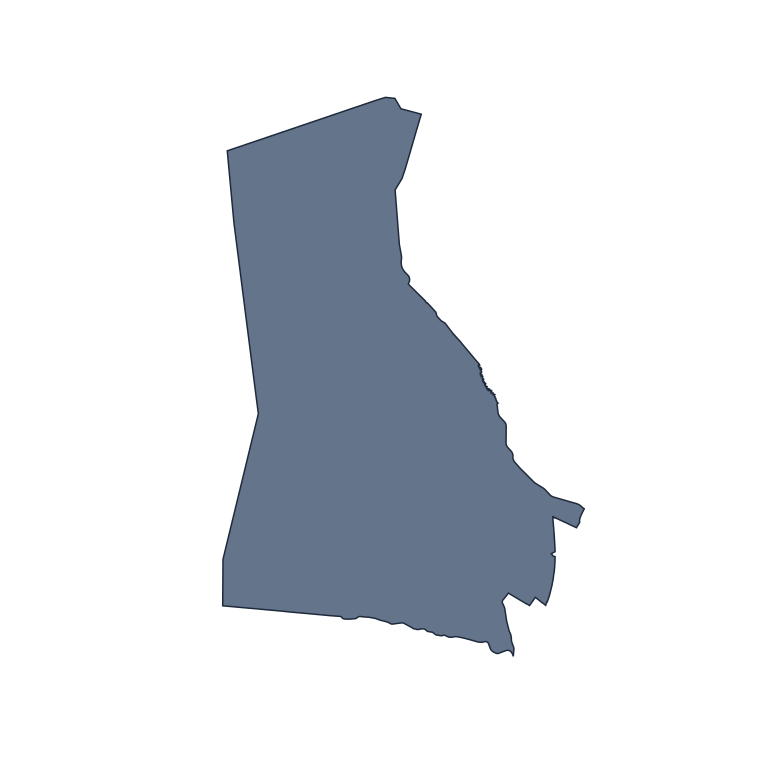 outline of Deurne, Noord-Brabant, Netherlands, rotated 203°
{"feature_id": "6326949B59687324731711", "entity_name": "Deurne", "entity_type": "district", "adm_level": 2, "iso_a3": "NLD", "parent_name": "Netherlands", "parent_adm1": "Noord-Brabant", "projection": "orthographic", "projection_center": [5.787, 51.428], "detail": "fine", "context": "isolated", "style": "filled", "palette": "slate", "viewbox_px": 768, "rotation_deg": 203, "n_neighbors": 0, "source": "geoboundaries", "source_scale": "gbopen_adm2", "svg_char_len": 5763}
<svg xmlns="http://www.w3.org/2000/svg" viewBox="0 0 768 768"><g transform="rotate(203 384 384)"><path d="M485.5,651.2L494.7,648.4L503.8,640.6L619.4,537.4L585.2,473.9L528.6,376.9L495.2,319.7L488.3,308.0L488.0,307.2L487.8,306.1L463.7,159.7L445.8,116.8L389.3,135.0L381.7,137.3L362.8,143.4L342.5,149.9L333.4,153.0L332.6,153.1L331.9,152.8L331.3,152.4L330.0,152.0L328.3,152.3L323.8,154.1L318.9,156.7L318.2,157.2L317.7,157.9L317.0,159.2L316.1,160.2L315.0,160.7L311.6,161.7L306.8,163.4L300.8,164.7L299.8,164.9L296.0,165.0L287.9,166.2L287.1,166.2L284.3,165.9L283.2,166.0L282.4,166.3L274.6,170.9L273.3,171.4L272.2,171.5L263.6,170.7L261.2,170.2L260.2,170.6L257.9,170.9L257.3,171.0L256.4,171.5L253.1,173.6L252.1,174.0L251.6,174.1L250.5,174.2L249.8,174.0L247.9,173.4L247.3,173.3L246.6,173.4L242.4,174.4L241.6,174.3L238.9,173.5L238.1,173.4L237.5,173.5L233.7,174.4L232.9,174.6L232.5,174.8L230.8,176.2L230.0,176.4L225.8,176.3L224.9,176.4L222.3,177.6L220.8,178.6L219.3,179.5L216.5,180.3L212.7,181.0L211.8,181.2L204.2,182.3L197.4,183.1L196.0,183.4L194.4,183.9L193.1,184.5L192.3,184.9L190.5,186.3L189.6,186.7L189.1,186.8L187.9,186.7L187.0,186.4L186.6,186.0L186.2,185.7L183.2,182.4L182.3,181.5L180.8,180.7L178.9,180.1L177.8,180.0L175.5,179.9L174.8,180.0L173.8,180.4L172.7,181.4L169.0,184.9L167.4,186.4L166.7,186.9L165.8,187.3L165.5,187.4L164.5,187.5L163.8,187.5L162.9,187.3L162.2,187.0L160.0,185.5L159.7,185.1L158.6,183.8L159.0,185.2L160.7,190.4L161.0,191.1L161.3,191.7L162.2,192.8L165.5,196.3L166.3,197.4L168.0,200.8L168.9,202.2L169.9,203.4L171.7,205.0L172.6,206.0L177.8,212.8L178.5,213.8L185.0,224.3L185.9,225.5L189.5,228.8L189.8,229.3L190.1,229.8L190.2,230.4L190.2,231.0L190.1,231.6L188.4,237.6L188.1,239.2L187.8,240.1L180.6,239.1L180.0,239.1L179.3,239.0L178.7,238.8L166.3,237.2L165.7,237.3L163.5,236.9L161.3,246.7L157.4,245.7L154.3,244.8L151.2,244.1L148.7,243.4L148.8,244.4L149.0,247.2L148.6,247.2L148.9,252.5L149.3,255.6L150.3,261.8L150.8,264.9L151.2,266.5L151.5,268.0L152.2,271.1L153.7,276.4L153.8,277.2L154.3,278.7L155.1,281.4L157.2,287.3L159.1,292.0L160.7,291.6L163.7,293.1L161.0,296.5L162.8,300.4L168.4,311.7L172.8,320.1L174.3,322.9L176.7,327.6L175.0,327.5L175.2,327.8L150.7,326.9L149.8,332.9L150.6,334.7L150.9,335.7L151.1,336.7L151.3,338.6L151.3,340.4L151.0,346.1L151.0,347.1L150.9,347.1L150.9,347.4L152.5,347.7L155.3,348.7L156.6,349.0L158.6,349.2L159.8,349.1L183.8,346.2L185.5,346.2L186.7,346.4L187.9,346.8L194.7,349.8L196.2,350.3L205.3,351.7L207.4,352.2L226.4,359.9L233.2,363.2L234.4,364.0L234.9,364.4L235.9,365.5L236.5,366.4L237.3,368.4L237.7,369.2L238.7,370.4L239.1,370.8L240.1,371.5L240.8,371.9L245.8,374.2L247.0,375.1L247.9,376.2L248.7,377.6L255.1,393.1L255.8,394.2L256.3,394.9L257.6,395.9L258.2,396.2L264.8,399.2L265.6,399.8L266.6,400.7L267.8,402.1L272.0,409.5L272.0,409.8L272.0,410.3L271.5,411.0L272.3,411.1L272.8,411.4L273.1,411.6L273.2,411.9L273.7,412.2L274.1,412.8L274.7,413.0L274.8,413.2L274.9,413.5L275.3,414.3L276.6,414.8L276.8,415.1L276.8,415.3L276.8,415.7L277.7,416.1L278.0,416.6L278.0,416.9L278.0,417.2L277.8,417.4L277.8,417.6L278.4,417.5L278.7,417.3L278.9,416.9L279.2,416.7L279.4,416.8L279.3,417.0L279.1,417.3L279.9,418.1L279.9,418.3L280.1,418.3L280.2,418.2L280.2,417.9L280.4,417.8L280.8,417.7L281.3,417.8L281.5,418.0L281.6,418.6L281.8,418.6L282.0,418.3L282.1,418.2L282.1,418.3L282.2,418.6L281.9,419.0L282.0,419.2L282.3,419.4L282.5,419.6L282.5,419.8L282.8,419.6L282.8,419.2L283.1,419.2L283.2,419.8L283.4,420.0L283.5,420.0L284.1,419.3L284.3,419.4L284.3,419.6L284.2,419.9L284.2,420.0L284.3,420.1L284.8,419.7L284.7,419.1L284.8,419.0L285.0,419.1L285.8,419.0L285.7,420.0L285.6,420.6L285.9,420.6L286.0,419.9L286.3,420.0L286.2,420.3L286.4,420.3L286.7,420.2L286.9,419.7L287.4,419.7L287.7,419.9L288.0,420.6L288.2,421.0L287.9,421.3L287.9,421.8L288.1,421.9L288.3,421.8L288.6,421.1L288.8,421.0L289.2,421.2L289.3,421.7L289.5,421.8L290.4,422.0L290.5,422.1L290.1,422.5L290.0,422.8L290.3,423.0L290.4,422.9L290.5,422.6L290.8,422.5L290.9,422.9L291.2,423.2L291.2,423.4L291.0,423.6L290.7,424.3L291.1,424.4L291.3,424.2L291.5,424.0L291.7,423.8L291.9,423.9L292.0,424.4L292.2,424.6L292.7,424.3L293.1,424.3L293.2,424.5L293.0,424.9L292.8,425.1L292.8,425.3L293.0,425.4L293.5,425.5L294.1,425.3L294.5,425.4L294.8,425.9L294.7,426.0L294.0,426.0L293.9,426.2L294.4,426.7L294.4,426.9L294.2,427.3L294.2,427.5L294.3,427.6L294.9,427.7L295.0,427.5L295.0,427.3L295.1,427.2L295.6,427.4L295.6,427.5L295.4,428.0L296.2,428.9L296.0,429.5L296.3,429.7L296.7,429.2L297.2,428.9L297.4,428.8L297.5,429.2L297.2,430.4L297.3,430.6L297.5,430.6L297.7,430.0L297.8,430.0L298.0,430.2L298.1,431.1L298.3,431.1L298.4,430.9L298.7,430.2L298.9,430.2L299.4,431.3L299.8,431.7L299.6,432.2L299.4,432.3L299.1,432.5L298.8,433.0L298.8,433.3L300.0,434.4L300.7,434.3L300.8,434.4L301.0,434.8L300.8,435.2L300.7,435.3L300.4,435.0L299.8,435.5L300.2,436.0L300.7,435.8L300.8,436.1L301.0,436.7L301.2,436.8L301.2,436.7L301.3,435.9L302.0,435.8L302.0,436.7L302.1,436.8L302.3,436.7L302.7,436.3L303.5,436.7L303.6,436.9L303.8,437.2L303.8,437.4L304.3,437.7L304.4,437.9L304.2,438.0L303.8,438.0L304.1,438.5L303.4,438.7L303.3,438.8L303.8,439.1L303.9,439.4L309.0,441.9L327.2,451.2L328.1,451.5L328.3,451.8L329.2,452.3L339.9,457.3L339.9,457.2L351.6,463.9L356.3,464.6L361.6,467.1L362.2,467.6L364.2,470.3L365.0,470.7L372.0,473.9L376.1,475.7L376.4,475.7L376.5,475.4L378.2,476.1L378.2,476.5L400.6,485.4L400.7,488.0L400.7,488.6L401.0,489.5L401.1,490.0L401.6,490.9L402.1,491.6L402.5,492.0L403.1,492.7L403.9,493.2L405.2,493.8L408.5,495.2L409.4,495.7L410.7,496.4L411.9,497.4L412.9,498.3L414.0,499.6L414.7,500.7L415.5,502.1L415.9,503.0L416.9,506.4L417.6,508.1L424.4,518.5L449.6,567.0L447.7,580.1L448.5,590.5L450.9,611.0L453.1,629.3L455.1,646.9L475.2,644.1L475.9,643.9L484.7,650.5L485.5,651.2Z" fill="#64748b" stroke="#1e293b" stroke-width="1.5"/></g></svg>